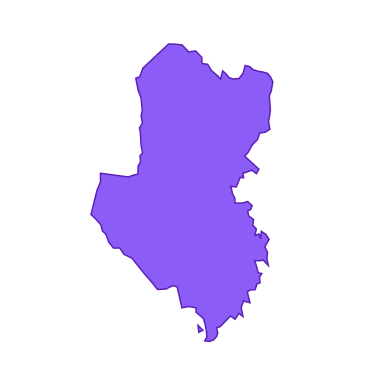 the district of Santo Antônio do Planalto, Rio Grande do Sul, Brazil, rotated 347°
{"feature_id": "56859067B7641888126527", "entity_name": "Santo Antônio do Planalto", "entity_type": "district", "adm_level": 2, "iso_a3": "BRA", "parent_name": "Brazil", "parent_adm1": "Rio Grande do Sul", "projection": "equal_earth", "projection_center": [-52.67, -28.37], "detail": "fine", "context": "isolated", "style": "filled", "palette": "violet", "viewbox_px": 384, "rotation_deg": 347, "n_neighbors": 0, "source": "geoboundaries", "source_scale": "gbopen_adm2", "svg_char_len": 1887}
<svg xmlns="http://www.w3.org/2000/svg" viewBox="0 0 384 384"><g transform="rotate(347 192 192)"><path d="M88.5,191.3L91.3,195.2L95.9,203.7L95.9,209.8L98.7,214.1L99.6,222.1L102.8,228.9L109.0,230.4L111.8,237.6L118.5,242.8L123.1,252.4L126.9,260.3L132.3,270.4L136.5,279.3L145.3,280.7L148.9,279.6L153.1,279.1L156.2,281.4L156.1,302.6L163.2,302.9L170.0,305.9L168.8,309.9L174.6,317.7L175.0,323.2L174.8,330.7L173.8,336.8L170.9,339.9L175.3,341.5L179.5,341.0L183.3,338.5L185.4,335.2L185.4,329.9L189.2,329.5L201.6,321.5L205.3,325.7L210.4,320.8L213.6,324.8L213.9,315.6L217.7,309.8L223.6,313.0L223.4,301.7L227.0,300.5L231.5,301.4L234.7,296.1L237.9,295.8L238.6,290.2L241.6,287.1L238.4,285.7L238.1,278.8L237.7,273.0L242.7,274.3L246.0,274.3L249.8,280.9L250.0,273.6L252.0,267.8L250.6,261.8L256.5,255.5L254.5,250.1L250.7,245.9L248.4,252.9L247.8,248.0L243.6,248.3L246.4,242.4L243.8,238.1L245.8,232.7L241.8,228.0L242.0,223.0L245.3,222.3L247.5,218.8L244.1,213.8L239.2,214.1L231.4,212.6L232.4,207.7L231.1,202.7L231.2,195.2L236.2,197.1L242.3,188.6L245.5,189.8L245.8,185.3L250.6,184.8L255.1,184.2L258.9,188.6L262.3,184.8L251.4,169.0L255.9,165.7L261.3,159.6L267.7,155.6L271.1,149.8L276.9,150.2L282.0,148.4L282.4,140.8L284.7,135.3L286.8,129.9L289.0,115.6L292.1,111.1L295.5,102.8L294.4,97.7L292.3,93.4L287.5,90.8L282.9,88.9L279.1,86.6L276.4,82.8L272.3,80.7L268.3,88.0L263.2,92.0L257.3,91.1L253.7,88.7L251.5,84.2L249.1,80.9L245.2,88.5L243.2,84.7L238.3,78.1L236.0,71.1L230.7,69.1L231.8,63.0L227.2,55.3L220.3,54.7L215.3,46.4L209.6,44.4L202.5,42.5L172.1,60.2L167.0,67.9L162.8,68.5L162.4,80.9L163.5,89.1L161.9,101.4L159.6,106.1L159.2,113.5L155.2,117.9L155.0,122.7L152.9,135.2L152.6,142.7L149.5,145.0L148.6,151.0L145.3,154.7L143.3,162.4L138.6,162.4L133.3,163.0L107.0,153.1L105.1,161.7L99.8,169.0L88.5,191.3ZM171.5,329.2L167.9,323.3L167.0,330.2L171.5,329.2Z" fill="#8b5cf6" stroke="#5b21b6" stroke-width="1.5"/></g></svg>